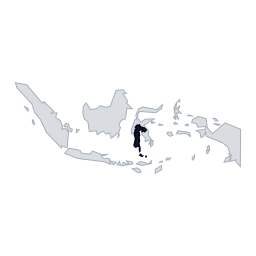 Sulawesi Selatan highlighted on a map of Indonesia
{"feature_id": "IDN-1236", "entity_name": "Sulawesi Selatan", "entity_type": "Province", "adm_level": 1, "iso_a3": "IDN", "parent_name": "Indonesia", "parent_adm1": "", "projection": "natural_earth1", "projection_center": [120.285, -4.627], "detail": "fine", "context": "in_parent", "style": "filled", "palette": "ink", "viewbox_px": 256, "rotation_deg": 0, "n_neighbors": 0, "source": "natural_earth", "source_scale": "10m", "svg_char_len": 7373}
<svg xmlns="http://www.w3.org/2000/svg" viewBox="0 0 256 256"><path d="M86.2,102.9L90.5,109.5L96.9,108.7L100.2,105.6L105.9,107.4L110.2,106.2L116.0,90.5L123.0,89.7L126.3,93.4L122.8,93.8L127.8,101.2L126.4,102.9L132.3,108.9L127.0,108.2L125.3,118.9L121.2,120.4L118.9,124.6L120.4,127.6L118.9,132.3L111.2,138.2L109.4,132.9L106.3,134.2L103.0,131.2L97.2,134.7L96.4,130.9L89.3,131.4L87.9,121.7L84.3,119.1L82.8,112.4L83.4,105.9L86.2,102.9ZM15.4,82.7L26.8,84.8L41.3,102.0L43.1,103.3L43.9,101.6L53.7,111.2L51.3,113.2L56.8,112.8L55.7,117.7L60.2,120.4L62.6,126.4L61.7,129.3L65.3,128.0L68.5,132.2L67.2,147.6L61.7,145.9L61.5,148.1L46.5,132.5L40.2,119.2L34.6,112.5L31.8,103.8L17.0,87.9L15.4,82.7ZM240.6,129.3L240.3,166.5L235.6,161.2L236.2,159.7L230.1,161.4L231.1,157.7L229.5,155.8L230.1,155.5L231.0,155.7L231.6,155.5L228.8,154.0L230.1,153.6L227.6,146.8L222.4,142.7L206.1,136.2L205.5,131.9L203.3,136.7L200.9,137.6L200.1,133.2L196.3,130.4L204.8,129.4L205.9,126.4L197.9,127.2L196.1,123.4L191.5,122.6L192.8,119.3L198.4,116.5L206.2,118.7L207.2,127.6L212.4,133.7L225.1,122.9L240.6,129.3ZM161.4,108.8L155.8,112.7L140.1,111.4L138.2,112.9L137.6,117.6L140.6,122.3L145.1,119.2L154.2,118.9L144.0,125.2L148.6,131.0L148.4,135.1L151.4,139.5L145.1,141.6L145.3,137.8L141.7,134.5L142.5,130.1L140.5,129.7L138.6,131.3L139.4,146.3L135.1,146.5L135.4,137.5L134.7,134.5L131.7,133.8L131.3,130.0L134.9,119.6L136.5,119.4L135.9,115.0L138.6,108.9L142.6,106.9L156.7,109.6L162.5,104.8L161.4,108.8ZM68.8,148.2L79.9,150.3L81.6,153.2L90.2,154.1L92.2,151.1L100.6,154.0L102.9,158.1L109.8,158.9L109.7,162.4L110.7,164.5L104.1,161.7L77.9,158.5L64.8,153.4L68.8,148.2ZM175.4,109.6L180.1,105.5L178.0,110.3L181.2,113.2L176.2,112.8L178.8,119.5L175.2,115.8L173.9,108.0L176.9,101.9L175.4,109.6ZM177.7,130.8L189.4,132.3L190.5,136.5L185.8,133.4L179.2,134.1L177.4,132.5L176.2,134.4L177.7,130.8ZM151.0,163.6L142.4,165.4L136.4,164.1L140.3,161.5L148.7,163.7L151.6,160.7L151.0,163.6ZM126.3,160.9L132.0,161.8L133.0,163.9L121.5,165.8L123.4,162.2L127.3,164.2L128.6,163.5L126.3,160.9ZM161.5,165.5L161.7,169.6L155.2,173.3L155.5,169.3L161.5,165.5ZM68.5,124.0L70.1,128.5L72.3,129.1L71.6,132.0L68.3,130.6L67.2,126.9L64.0,126.1L65.6,123.4L68.5,124.0ZM228.4,161.6L224.0,162.3L226.2,157.6L229.6,156.6L230.6,158.4L228.4,161.6ZM137.4,167.9L140.0,169.9L141.2,172.1L138.5,172.9L132.2,168.8L137.4,167.9ZM171.1,132.1L172.9,135.2L170.2,136.3L167.1,134.0L167.3,132.2L171.1,132.1ZM110.1,161.0L116.2,162.4L113.5,164.9L110.1,161.0ZM119.6,161.3L120.5,165.1L116.9,164.6L119.6,161.3ZM79.2,129.8L76.3,132.8L76.5,129.1L79.2,129.8ZM209.0,145.4L209.7,150.4L208.3,150.6L207.2,147.0L209.0,145.4ZM108.1,154.2L103.5,155.7L101.5,154.8L108.1,154.2ZM153.0,140.4L153.0,144.9L150.3,146.8L151.3,140.8L153.0,140.4ZM24.3,106.3L28.5,108.9L28.0,111.2L24.3,106.3ZM34.6,124.6L32.9,123.6L32.2,120.0L33.4,119.9L34.6,124.6ZM193.0,160.1L192.0,158.3L194.6,155.0L194.4,158.0L193.0,160.1ZM188.4,114.9L193.2,116.1L187.7,115.7L188.4,114.9ZM159.1,123.9L163.5,125.2L158.6,125.1L159.1,123.9ZM150.9,142.6L148.5,144.8L150.6,140.8L150.9,142.6ZM213.1,118.2L215.6,118.6L218.0,120.7L215.7,121.2L213.1,118.2ZM170.7,158.2L169.1,159.8L165.8,160.0L166.7,158.2L170.7,158.2ZM208.8,151.2L207.7,153.5L206.6,153.4L206.7,149.8L208.8,151.2ZM177.5,123.9L174.6,124.3L173.7,123.5L175.0,122.1L177.5,123.9ZM213.6,123.5L217.1,123.9L220.5,124.7L217.3,125.3L213.6,123.5ZM151.6,121.2L154.6,122.7L151.5,123.5L151.6,121.2ZM179.8,101.8L177.8,101.4L179.7,99.6L179.8,101.8ZM158.8,162.5L162.1,161.1L162.5,161.9L158.8,162.5ZM188.3,124.1L187.8,126.1L185.3,125.1L186.5,124.5L188.3,124.1ZM119.2,135.9L117.9,137.3L118.9,133.0L119.2,135.9ZM174.6,116.3L176.1,119.1L175.5,119.5L173.3,117.3L174.6,116.3Z" fill="#d9dde1" stroke="#a8b0b8" stroke-width="1"/><path d="M142.6,131.1L142.6,130.8L142.6,130.7L142.5,130.8L142.5,130.7L142.4,130.6L142.2,130.7L142.3,130.4L142.5,130.3L142.5,130.2L142.5,129.8L142.4,129.8L142.4,129.7L142.2,129.6L141.7,129.5L141.3,129.4L141.2,129.4L141.0,129.5L140.9,129.5L140.7,129.5L140.4,129.7L140.2,129.8L140.0,130.0L138.7,131.0L138.4,131.3L138.4,131.5L138.5,131.8L138.6,132.1L138.7,132.3L138.7,132.5L138.8,132.6L139.0,132.6L139.2,132.8L139.3,133.0L139.3,133.3L139.3,133.5L139.2,133.7L139.3,133.9L139.3,134.0L139.3,134.4L139.3,134.5L139.3,134.8L139.4,135.4L139.5,135.5L139.4,135.9L139.2,136.3L139.1,136.5L139.0,136.9L139.0,137.8L139.1,138.1L139.2,138.5L139.1,138.8L139.2,139.1L139.1,139.5L139.2,139.8L139.3,140.0L139.2,140.2L139.2,140.3L139.3,140.5L139.5,140.8L139.5,141.0L139.4,141.1L139.2,141.8L139.2,142.0L138.9,142.1L138.8,142.9L138.7,143.6L138.6,143.8L138.8,144.2L138.8,144.3L138.9,144.5L139.0,144.6L139.2,144.9L139.2,145.0L139.4,146.0L139.6,146.4L139.6,146.5L139.4,146.5L139.2,146.3L139.1,146.2L139.0,145.9L138.9,145.9L138.6,146.0L138.3,146.1L138.2,146.2L138.1,146.3L137.9,146.3L137.7,146.3L137.3,146.3L137.2,146.2L136.9,146.2L136.8,146.3L136.6,146.5L136.4,146.8L136.2,147.0L135.9,147.0L135.7,146.9L135.5,146.7L135.4,146.4L135.3,146.5L135.2,146.6L135.1,146.4L134.9,146.2L134.7,146.2L134.7,146.4L134.5,146.2L134.4,146.1L134.5,145.9L134.4,145.7L134.2,145.4L134.1,145.2L134.1,144.7L134.2,144.2L134.3,143.9L134.4,143.7L134.6,143.5L134.6,143.4L134.7,143.1L134.7,142.9L134.9,142.5L135.0,142.3L134.8,141.6L134.8,141.4L135.0,141.2L135.2,140.6L135.3,140.5L135.4,139.7L135.4,139.3L135.5,139.1L135.4,138.8L135.3,138.7L135.4,138.3L135.5,138.2L135.4,138.0L135.4,137.9L135.4,137.6L135.4,137.4L135.5,137.2L135.4,137.1L135.3,137.3L135.2,137.1L135.2,136.9L134.9,136.3L134.8,136.1L134.8,135.9L134.6,135.6L134.7,135.4L134.7,135.1L134.8,135.0L134.9,134.9L134.9,134.7L134.8,134.4L134.7,134.0L134.6,133.7L134.6,133.2L134.4,132.9L134.4,132.7L134.5,132.6L134.8,132.6L135.0,132.5L135.1,132.4L135.4,132.3L135.5,132.3L135.5,132.2L135.4,131.9L135.0,131.0L135.0,130.9L135.0,130.7L135.0,130.4L134.9,130.2L135.0,130.1L135.3,130.1L135.5,130.2L135.9,130.1L136.1,130.0L136.2,129.9L136.2,129.7L136.2,129.4L136.0,129.1L136.0,128.9L136.0,128.7L135.9,128.5L135.9,128.4L136.0,128.2L135.9,128.0L135.8,127.9L135.7,127.7L135.4,127.5L135.5,127.1L135.5,126.9L136.1,126.3L136.3,126.3L136.4,126.2L136.7,125.6L136.8,125.5L137.1,125.3L137.5,125.1L137.8,125.0L138.1,125.1L138.7,125.3L138.9,125.3L139.0,125.3L139.0,125.2L139.3,124.9L139.4,125.0L139.5,125.1L140.0,126.0L140.4,126.5L141.1,127.1L141.3,127.2L143.9,127.8L144.2,127.9L144.4,128.1L144.5,128.2L144.9,128.6L145.2,128.9L145.4,129.0L145.9,129.3L146.0,129.4L146.0,129.5L146.1,129.8L146.1,130.0L146.1,130.3L145.3,131.3L144.9,131.6L144.7,131.7L144.3,131.5L143.9,131.1L143.6,130.9L143.4,130.8L143.2,130.8L142.8,130.9L142.6,131.1ZM140.0,148.3L140.0,148.6L140.0,148.8L140.0,149.1L140.0,149.3L139.9,149.7L139.9,149.8L139.9,150.1L139.9,150.3L139.9,150.6L139.8,150.8L139.8,151.1L139.8,151.3L139.7,151.4L139.6,151.2L139.6,150.9L139.6,150.2L139.4,149.8L139.4,149.7L139.5,149.6L139.5,149.1L139.5,148.5L139.5,147.8L139.5,147.5L139.6,147.3L139.7,147.6L139.8,147.7L139.8,147.8L139.9,148.0L140.0,148.3ZM141.0,154.8L141.1,154.7L141.2,154.8L141.1,155.0L140.9,155.2L140.7,155.1L140.4,155.1L140.4,154.9L140.2,154.9L140.3,154.8L140.3,154.6L140.3,154.4L140.5,154.4L140.6,154.6L141.0,154.8L141.0,154.8ZM142.0,156.0L142.3,156.0L142.5,156.0L142.3,156.3L142.2,156.3L142.1,156.2L141.7,156.1L141.4,156.1L141.2,156.1L141.2,155.9L141.3,155.8L141.6,155.9L142.0,156.0ZM146.0,156.3L146.3,156.4L146.3,156.6L146.2,156.7L146.0,156.8L145.9,156.8L145.9,156.6L146.0,156.4L146.0,156.3Z" fill="#0f172a" stroke="#020617" stroke-width="1.5"/></svg>